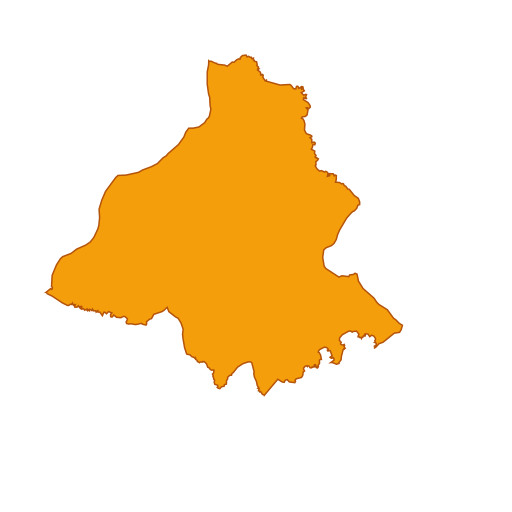 the district of Sumba Tengah, Nusa Tenggara Timur, Indonesia, rotated 309°
{"feature_id": "22746128B11743482298506", "entity_name": "Sumba Tengah", "entity_type": "district", "adm_level": 2, "iso_a3": "IDN", "parent_name": "Indonesia", "parent_adm1": "Nusa Tenggara Timur", "projection": "albers", "projection_center": [119.662, -9.594], "detail": "fine", "context": "isolated", "style": "filled", "palette": "amber", "viewbox_px": 512, "rotation_deg": 309, "n_neighbors": 0, "source": "geoboundaries", "source_scale": "gbopen_adm2", "svg_char_len": 6157}
<svg xmlns="http://www.w3.org/2000/svg" viewBox="0 0 512 512"><g transform="rotate(309 256 256)"><path d="M175.6,357.4L177.9,356.9L179.6,358.0L179.1,361.1L182.0,365.9L183.6,365.5L183.9,364.6L185.8,364.5L190.1,367.7L191.4,367.7L193.0,367.3L195.4,365.7L197.2,366.1L198.1,364.0L199.0,363.5L201.5,363.6L202.5,364.6L202.4,365.4L203.0,365.2L203.8,366.1L203.2,368.4L203.9,369.4L205.1,369.5L205.1,370.6L205.4,369.8L206.3,371.0L207.6,369.9L208.6,370.1L208.9,370.8L207.7,371.5L207.2,373.1L207.5,373.9L208.2,373.3L208.2,374.2L209.2,374.2L209.9,373.2L212.6,372.9L214.9,370.9L216.2,371.1L216.8,371.9L219.7,368.5L220.7,365.9L220.4,365.0L221.5,364.4L223.4,364.4L228.0,366.4L229.2,368.2L229.3,370.1L228.8,370.9L227.7,370.7L227.4,371.7L229.0,372.9L229.0,373.5L226.3,377.9L223.9,377.3L223.9,378.9L224.6,379.5L225.2,379.3L225.6,379.9L225.3,381.1L224.2,382.2L220.3,381.2L221.1,382.0L222.6,386.7L224.7,388.1L225.0,387.6L229.0,387.4L231.6,385.6L237.9,382.7L239.0,383.2L239.3,382.6L240.4,383.3L241.2,381.2L242.3,381.1L242.8,380.2L241.7,379.7L240.8,378.3L240.9,376.9L242.6,376.5L242.9,373.9L245.0,372.5L249.1,372.6L255.6,375.2L257.2,376.6L257.4,378.7L258.3,378.9L260.9,381.4L260.0,385.1L257.3,386.1L256.9,385.8L258.1,387.0L258.0,388.2L258.8,388.7L258.3,389.8L259.2,389.5L259.9,390.2L261.0,389.7L262.1,390.7L262.3,390.0L263.4,390.0L263.4,390.6L264.3,389.9L265.8,392.2L264.9,395.2L267.2,395.7L267.9,397.8L267.3,400.4L266.1,401.6L264.9,401.6L264.0,403.2L263.6,402.9L263.9,404.0L263.4,404.8L262.5,405.5L261.8,405.2L261.8,405.8L260.6,405.0L260.7,406.0L258.5,405.9L260.7,406.5L265.3,406.8L268.9,409.0L283.0,412.0L287.0,415.6L290.1,415.2L294.3,413.4L293.8,409.7L294.4,405.0L294.2,402.0L296.9,391.9L295.7,382.1L296.0,379.1L297.5,374.2L298.1,359.6L301.0,351.4L305.5,345.9L304.9,343.8L303.1,343.4L300.2,340.7L298.4,341.1L294.7,335.2L291.8,333.7L290.2,318.1L291.1,315.2L296.9,308.7L303.4,304.8L306.6,305.3L311.5,308.1L315.0,308.7L319.4,308.0L324.1,305.9L328.9,304.6L342.5,302.6L348.5,302.8L351.4,303.2L352.8,304.0L356.5,304.3L359.5,303.2L361.2,304.2L363.3,302.5L365.2,299.2L364.8,294.3L366.5,286.6L365.8,285.3L366.7,281.9L366.2,280.3L367.1,278.7L367.0,277.9L365.9,277.1L365.7,274.7L363.4,271.3L365.9,270.3L369.1,267.8L368.7,266.5L367.5,266.3L368.5,264.4L366.4,261.4L365.8,260.9L365.0,261.4L365.3,262.3L364.8,262.7L362.8,261.3L365.3,260.2L366.0,259.0L365.7,256.9L364.3,256.3L363.6,253.2L362.0,252.0L362.1,248.8L363.1,245.8L363.5,245.2L364.6,245.3L367.0,243.1L369.0,243.6L370.7,243.4L370.7,242.0L370.0,241.3L370.5,240.8L370.2,239.6L372.0,239.3L372.4,237.0L374.5,235.7L373.8,231.8L376.1,231.4L378.1,230.2L378.7,230.3L379.4,231.7L381.1,231.0L381.1,229.4L379.2,228.1L381.8,225.9L381.9,223.5L383.8,224.3L384.3,224.0L384.3,222.5L382.9,218.6L383.1,217.2L384.5,214.3L389.2,211.1L391.3,208.3L392.1,206.1L391.7,204.6L393.2,204.4L395.6,206.6L397.8,206.9L402.2,204.5L402.8,201.8L403.6,202.5L403.8,204.3L405.9,204.5L407.0,203.2L408.0,199.8L407.3,194.4L409.1,193.5L409.7,195.9L410.2,196.1L410.9,194.4L413.2,193.7L412.8,192.8L411.0,191.8L411.4,188.4L414.8,189.6L415.3,187.8L416.4,186.7L414.4,186.4L414.8,185.7L416.7,185.3L416.4,184.8L413.2,183.9L414.2,181.9L413.8,181.0L413.0,180.8L411.0,181.8L409.7,180.0L410.7,175.8L410.6,174.4L404.0,167.1L398.4,154.1L399.2,153.4L397.9,152.9L399.2,148.9L401.1,147.8L401.0,146.4L399.9,146.4L399.6,145.7L401.6,143.8L401.6,140.1L403.3,140.5L403.0,139.5L404.4,139.1L404.5,136.8L405.6,136.4L407.3,134.2L406.3,132.1L407.0,131.4L406.8,130.3L408.2,129.5L406.8,128.4L407.5,127.2L406.7,126.3L406.5,124.5L405.1,123.8L405.9,121.8L403.2,119.3L400.4,118.9L399.0,119.7L398.2,118.4L396.2,117.5L392.7,117.0L391.8,115.5L385.3,114.2L384.7,111.6L380.7,105.4L381.0,104.3L380.1,102.5L379.1,98.4L378.0,97.5L378.0,96.4L374.7,98.9L368.3,102.3L358.8,110.0L351.8,117.5L350.2,120.1L344.0,125.7L341.6,128.6L335.5,131.7L333.4,132.1L331.2,131.7L327.3,132.2L320.3,130.4L315.8,126.7L313.0,123.3L308.1,123.5L303.0,125.1L293.6,125.6L280.2,123.2L277.3,123.2L273.9,122.0L265.7,121.2L259.4,118.4L251.6,113.8L247.0,112.0L237.0,104.0L231.8,98.1L229.0,97.6L211.6,98.4L202.4,101.0L193.6,104.6L187.3,110.4L180.7,114.7L177.4,116.1L168.4,118.3L162.7,118.4L157.5,116.9L148.5,112.3L141.7,110.7L133.9,106.2L131.0,105.7L123.7,106.5L112.8,109.7L103.6,116.3L103.5,117.5L102.0,118.4L101.5,118.3L101.4,116.9L95.6,115.7L95.9,116.1L95.3,117.4L96.6,123.2L97.7,135.1L98.9,140.4L99.6,141.5L102.0,142.3L102.3,143.3L103.6,143.1L103.0,143.8L103.7,144.9L103.0,145.0L103.0,145.7L104.2,146.3L102.5,146.8L102.2,147.6L104.1,149.4L105.5,149.2L104.9,151.8L106.1,151.2L107.1,152.2L106.7,152.7L106.3,152.1L104.9,153.1L105.0,154.2L106.1,154.5L106.5,155.2L106.0,156.9L108.4,158.0L107.5,158.7L107.5,159.6L108.4,159.3L108.6,160.8L109.3,160.0L109.9,160.1L110.3,162.8L111.8,162.3L111.2,164.4L112.6,165.9L111.8,167.1L113.9,167.5L113.0,168.4L114.1,170.1L112.9,174.2L116.6,173.2L117.2,173.8L117.0,176.1L120.1,176.5L121.0,179.8L119.1,179.8L117.7,180.9L117.4,181.8L118.3,182.7L120.6,182.6L120.6,186.2L123.0,189.8L125.3,190.8L126.5,192.2L126.3,195.5L125.5,196.1L123.0,196.6L122.1,197.9L123.0,199.9L124.8,201.7L127.0,205.7L131.5,209.3L131.5,210.6L133.1,214.0L134.3,213.8L136.1,212.3L140.0,213.1L141.6,214.2L146.4,213.3L153.4,217.8L155.5,218.6L160.2,219.3L157.9,223.3L158.0,231.6L158.6,234.7L156.8,239.8L153.3,245.4L148.8,248.3L145.4,251.8L139.9,258.1L136.3,263.6L136.2,264.2L137.6,266.6L137.4,269.7L138.1,271.3L138.0,273.5L138.4,273.4L137.7,274.2L137.8,276.1L137.1,276.9L137.6,279.3L138.6,279.4L140.0,281.3L140.4,281.0L141.4,282.3L141.0,285.6L139.2,288.4L139.6,290.2L139.0,291.9L139.5,293.7L140.5,294.3L140.8,295.2L138.3,296.7L136.8,296.5L136.1,298.0L135.1,298.5L134.9,299.5L133.7,300.5L133.5,302.0L131.5,303.0L130.4,304.7L131.4,307.6L130.7,308.4L129.5,308.5L129.4,309.5L130.2,311.4L132.8,311.5L134.6,313.2L136.2,312.4L137.8,313.6L140.6,311.5L142.5,311.4L143.8,310.3L146.9,310.7L147.9,312.0L149.8,311.2L151.2,311.7L158.0,311.6L164.1,313.6L168.8,316.6L170.3,318.4L170.4,319.9L164.6,327.7L163.5,328.0L161.1,330.7L158.7,335.4L156.2,338.4L155.4,340.8L154.4,340.6L154.8,342.1L152.8,342.7L153.3,344.4L152.9,344.7L153.5,345.1L152.5,348.2L153.2,349.6L152.9,350.1L173.9,350.5L174.6,355.7L175.6,357.4Z" fill="#f59e0b" stroke="#b45309" stroke-width="1.5"/></g></svg>